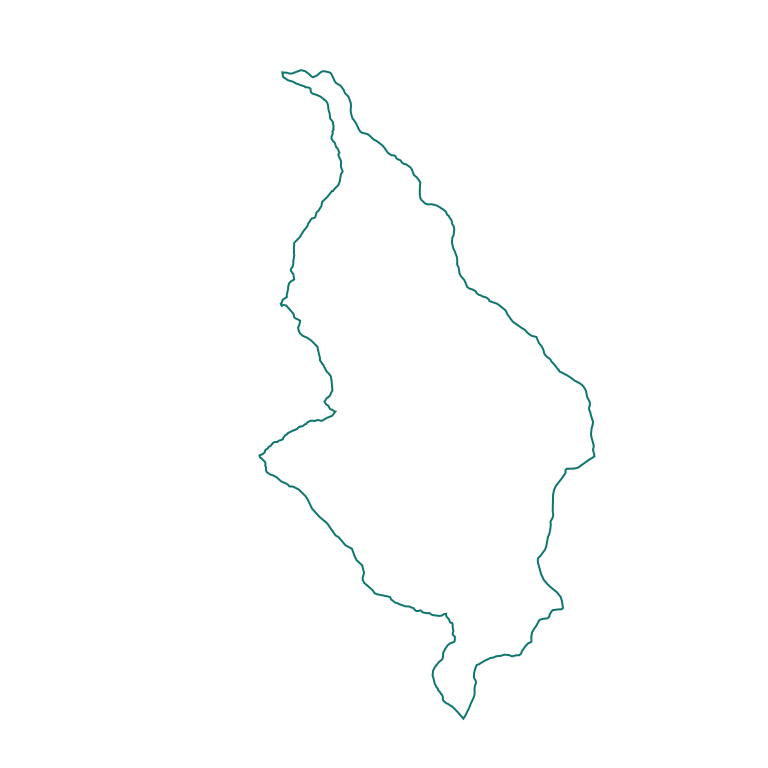 the district of San Andres, Santander, Colombia, rotated 314°
{"feature_id": "7082276B75559195453078", "entity_name": "San Andres", "entity_type": "district", "adm_level": 2, "iso_a3": "COL", "parent_name": "Colombia", "parent_adm1": "Santander", "projection": "albers", "projection_center": [-72.825, 6.82], "detail": "fine", "context": "isolated", "style": "outline", "palette": "teal", "viewbox_px": 768, "rotation_deg": 314, "n_neighbors": 0, "source": "geoboundaries", "source_scale": "gbopen_adm2", "svg_char_len": 6163}
<svg xmlns="http://www.w3.org/2000/svg" viewBox="0 0 768 768"><g transform="rotate(314 384 384)"><path d="M198.4,673.6L202.4,672.7L210.6,670.1L213.7,668.7L221.1,666.2L223.9,664.6L228.0,660.5L230.4,658.9L233.0,657.8L234.1,656.3L235.5,652.3L238.6,649.7L241.5,647.9L246.1,645.9L248.5,647.0L255.0,648.7L260.6,650.8L264.1,653.2L265.8,653.7L270.3,657.3L272.8,658.5L275.9,662.3L277.0,665.3L280.7,667.6L283.0,669.8L285.5,669.8L287.4,668.9L292.5,668.0L297.2,667.7L299.0,668.6L300.8,669.0L301.8,668.4L304.3,665.7L308.1,663.1L312.8,661.9L315.1,661.7L321.3,659.9L322.9,660.0L325.2,661.3L329.1,664.4L331.6,664.5L333.5,663.2L336.9,662.5L338.6,662.5L343.1,666.1L345.2,668.2L347.2,668.4L351.5,662.7L353.5,659.1L354.3,653.2L353.5,643.7L353.7,638.7L354.1,635.1L356.0,629.9L358.0,626.3L362.3,619.1L364.2,616.8L366.3,615.7L368.3,616.0L376.8,614.9L379.9,613.5L388.0,608.1L390.7,607.2L394.2,605.1L398.7,601.7L400.6,599.4L405.4,598.0L407.1,597.0L409.9,593.5L422.0,582.4L426.1,579.8L430.2,578.4L441.1,577.3L446.1,576.3L448.4,574.3L449.9,574.3L455.2,579.5L458.6,581.7L470.4,583.8L478.0,585.7L479.4,584.1L481.8,580.0L484.4,578.6L485.7,577.2L489.8,570.2L491.9,567.6L496.1,564.3L500.0,562.2L501.9,560.8L505.4,554.3L507.0,551.9L508.3,549.0L509.8,547.7L511.7,546.9L513.8,544.8L515.9,538.9L519.5,533.9L520.5,530.3L520.9,527.4L520.5,524.2L518.8,518.6L518.3,514.0L517.5,510.0L514.9,501.3L515.5,500.1L515.6,497.4L516.1,495.1L516.6,488.2L517.3,486.5L516.7,481.8L517.0,478.6L519.5,474.5L520.7,470.9L521.1,466.8L523.7,461.0L521.1,456.5L520.5,451.9L520.8,447.7L520.0,444.4L518.3,433.3L519.7,424.9L521.4,420.2L520.8,412.6L520.3,409.6L516.9,402.2L517.6,400.9L517.5,398.9L517.1,396.9L515.8,395.0L515.0,392.1L514.1,390.5L513.7,387.8L514.2,386.4L514.3,385.0L513.3,381.5L512.0,379.2L511.6,376.5L514.6,369.5L514.9,364.7L515.9,361.7L519.8,356.5L520.7,353.7L524.0,350.6L526.0,348.1L528.4,343.2L529.9,339.2L533.2,334.3L536.7,331.5L539.6,330.6L543.9,327.2L544.9,326.1L546.0,324.2L546.4,322.1L548.2,319.6L549.1,317.1L549.3,315.3L549.9,314.1L549.7,311.6L550.9,309.1L550.8,306.0L549.3,298.8L548.1,296.1L546.3,293.3L543.7,290.8L542.4,288.3L542.4,283.4L542.8,281.2L544.6,278.8L549.1,274.3L554.2,270.1L555.0,266.9L555.4,263.8L555.1,260.3L557.5,255.4L558.2,252.8L557.4,247.3L556.0,245.1L555.8,243.4L556.3,240.2L555.3,238.0L554.9,236.4L555.8,233.9L555.6,232.7L553.8,230.6L553.3,228.5L553.0,226.2L554.3,219.6L554.5,217.1L553.8,210.6L552.7,206.6L552.6,200.4L552.2,198.3L549.5,193.7L549.1,191.8L549.8,188.8L552.0,183.0L552.8,179.7L553.1,177.0L554.9,173.7L557.5,170.0L560.9,167.3L563.1,164.8L566.0,158.9L566.2,153.6L567.5,150.8L568.4,145.6L567.2,140.4L567.6,138.1L570.3,131.3L570.6,129.4L569.8,127.4L567.3,123.5L565.5,122.2L562.9,121.7L560.8,121.7L558.6,121.2L555.3,119.8L554.8,117.7L554.9,114.9L554.2,109.8L552.0,106.2L543.2,102.0L541.5,100.1L540.7,98.3L537.5,94.4L534.8,98.2L535.8,103.9L538.2,108.5L539.2,112.5L540.1,113.8L540.6,115.4L542.9,120.1L542.9,121.4L544.1,122.6L545.2,124.6L545.4,125.9L543.3,128.5L543.1,130.3L543.9,132.5L545.0,134.1L546.6,138.7L547.3,145.9L546.8,147.9L545.3,150.6L542.6,153.7L540.8,157.0L537.5,161.0L537.2,164.3L536.7,165.7L535.7,166.5L534.5,168.7L532.7,169.8L532.4,170.7L531.3,171.2L530.2,171.3L529.5,171.8L528.9,173.0L525.8,174.3L524.0,175.8L523.2,179.1L523.4,180.4L523.0,181.8L521.3,184.6L521.2,186.6L519.5,191.2L517.7,191.5L516.6,192.8L514.8,197.6L513.7,199.1L510.5,201.9L508.0,206.8L505.1,207.2L498.5,211.8L497.2,212.1L496.1,212.9L489.4,212.9L487.2,213.3L486.6,212.5L479.1,213.3L471.9,213.0L468.7,215.3L463.2,216.5L460.7,216.3L456.7,218.4L455.5,218.6L452.8,217.1L451.3,217.1L449.7,217.7L446.7,218.0L444.2,219.3L437.7,219.9L430.7,221.5L423.4,221.3L422.4,221.9L421.5,223.0L419.8,224.1L415.0,228.9L414.3,230.1L409.5,233.3L407.3,235.4L405.4,236.5L403.8,237.0L402.5,237.0L400.9,238.0L399.9,242.7L396.8,246.8L394.0,245.9L390.9,245.7L387.8,247.2L385.8,249.0L380.6,252.1L379.0,253.7L374.9,252.7L373.7,252.7L371.8,254.0L369.9,254.0L369.1,256.2L370.4,256.4L371.1,256.8L372.5,259.2L371.7,269.5L371.3,270.9L369.7,272.7L369.7,274.9L370.5,276.6L371.3,279.7L367.9,281.9L364.8,283.1L363.4,285.1L362.1,288.0L362.2,292.0L363.9,296.6L364.7,301.4L364.6,310.3L362.8,312.6L358.2,319.9L356.6,321.4L355.2,327.9L353.1,334.0L353.2,336.7L352.6,340.3L349.9,344.1L343.4,351.5L340.8,352.1L338.5,353.1L335.9,353.2L334.6,352.6L330.0,353.4L329.1,356.6L329.7,359.0L328.6,362.3L328.7,363.3L329.5,364.6L329.9,367.7L330.3,368.2L325.2,368.8L319.5,366.3L314.8,365.1L314.1,364.7L313.0,362.7L311.9,361.3L309.1,359.7L308.4,358.6L306.4,356.6L303.1,355.5L301.3,355.8L300.6,355.3L297.1,354.7L295.0,353.2L293.6,352.6L291.1,352.7L290.4,352.2L289.4,352.1L288.8,351.5L287.8,351.4L287.3,350.9L281.9,349.0L280.6,349.2L278.7,348.6L276.7,348.7L275.1,349.0L274.1,349.6L272.5,349.1L270.3,347.8L268.0,347.5L266.5,345.7L264.6,345.1L260.7,345.4L258.6,344.8L256.7,345.1L254.5,344.6L253.7,344.7L251.9,345.7L249.2,345.4L247.8,344.8L246.8,344.1L245.9,344.2L245.0,346.0L245.4,347.9L245.2,353.0L243.9,354.5L242.9,355.0L242.3,356.7L240.2,358.7L239.4,360.2L239.2,361.3L239.9,365.0L241.4,368.2L242.3,371.7L242.5,377.6L244.4,382.7L244.9,385.0L244.5,386.6L244.9,387.5L246.9,389.6L248.9,395.9L248.8,405.8L247.6,410.2L244.4,418.7L243.6,429.6L244.3,439.9L241.4,454.3L242.3,457.5L241.2,468.2L243.2,475.4L239.7,482.6L238.2,486.7L238.4,494.2L234.2,501.0L229.6,503.3L228.2,505.1L227.2,507.9L227.7,517.8L227.7,519.8L227.0,522.2L227.7,524.6L235.0,536.3L234.0,538.8L234.6,544.2L235.8,546.1L236.0,547.3L238.7,553.5L241.6,556.9L242.1,558.7L243.2,560.7L242.9,564.2L243.5,565.4L245.0,566.7L246.6,567.5L246.6,570.1L246.9,571.0L249.0,574.2L250.9,575.9L251.1,578.3L251.8,579.9L255.8,585.1L257.3,586.3L260.0,587.0L261.8,588.3L261.1,588.9L260.1,590.6L259.9,594.1L258.4,597.3L259.4,598.9L259.1,600.0L256.5,602.7L254.5,605.6L252.1,606.7L251.5,607.6L251.3,610.8L248.2,613.4L247.1,613.6L243.6,611.8L240.1,611.3L235.5,612.1L232.0,613.2L228.5,616.1L227.1,616.9L225.9,617.1L222.0,616.7L215.9,617.2L212.0,618.4L208.1,621.4L206.7,624.0L203.6,628.7L202.3,632.8L202.3,634.2L201.4,635.9L201.3,638.0L200.6,640.5L200.8,641.3L199.8,643.7L198.3,645.1L197.4,646.6L197.6,650.6L198.3,652.0L198.8,655.4L199.4,656.9L199.2,664.6L198.4,673.6Z" fill="none" stroke="#0f766e" stroke-width="2"/></g></svg>